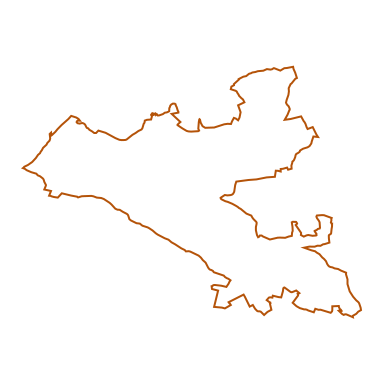 the district of Faragau, Mures, Romania
{"feature_id": "2599482B54429435544126", "entity_name": "Faragau", "entity_type": "district", "adm_level": 2, "iso_a3": "ROU", "parent_name": "Romania", "parent_adm1": "Mures", "projection": "natural_earth1", "projection_center": [24.539, 46.758], "detail": "fine", "context": "isolated", "style": "outline", "palette": "amber", "viewbox_px": 384, "rotation_deg": 0, "n_neighbors": 0, "source": "geoboundaries", "source_scale": "gbopen_adm2", "svg_char_len": 6003}
<svg xmlns="http://www.w3.org/2000/svg" viewBox="0 0 384 384"><path d="M346.1,272.7L341.0,270.6L338.1,269.0L334.6,268.4L332.5,267.4L330.4,267.0L329.1,266.4L328.2,265.5L327.2,264.0L326.0,261.2L324.1,259.0L322.2,257.4L319.5,254.2L316.6,252.5L315.2,251.3L311.4,250.3L304.1,247.7L309.4,246.6L314.6,246.7L317.4,245.7L320.5,245.8L323.1,244.3L324.6,244.1L329.4,242.6L328.9,238.5L328.8,235.7L329.0,235.1L330.9,233.8L331.1,233.4L331.6,228.9L332.0,226.7L332.1,223.9L331.8,224.0L331.7,223.5L330.9,222.6L331.4,220.3L331.3,218.9L331.7,218.0L324.0,215.2L322.1,215.1L316.9,215.5L316.4,216.5L316.5,217.0L317.0,218.2L318.9,220.8L319.6,222.3L320.0,227.7L319.7,228.5L317.9,228.9L316.8,229.9L314.6,230.9L314.6,231.2L316.5,234.0L316.3,234.5L316.5,235.2L316.1,235.5L312.6,235.8L308.2,235.0L306.5,235.4L303.8,236.6L300.9,235.0L301.1,232.9L295.7,225.0L296.9,223.9L297.1,223.4L296.1,221.9L292.7,221.8L291.8,222.3L292.5,226.9L292.7,230.9L292.1,232.6L291.8,235.9L288.8,236.5L285.2,237.8L280.0,237.6L277.7,237.7L269.9,239.5L263.0,236.5L261.6,235.5L259.9,235.5L259.5,236.3L260.0,236.7L259.2,236.5L258.1,237.2L257.0,235.1L255.9,230.3L255.9,227.0L256.6,223.8L256.6,222.5L256.2,221.8L253.5,219.1L252.3,217.5L251.3,215.6L246.4,213.6L240.7,208.9L238.8,207.9L238.0,207.1L236.1,205.9L232.3,203.8L227.8,201.9L225.3,201.2L221.5,199.3L220.8,198.6L220.6,197.8L224.8,195.0L227.4,195.4L230.5,195.1L231.9,194.7L233.1,193.8L234.2,191.8L235.2,185.0L236.3,181.6L248.4,180.0L256.5,179.4L266.7,177.4L274.9,176.8L275.8,170.7L278.0,170.8L280.7,171.5L280.7,169.0L282.9,168.8L287.1,167.6L288.1,169.7L291.6,168.7L291.4,165.6L292.3,162.7L292.4,161.6L293.6,160.6L294.1,159.8L295.2,157.1L295.6,155.1L296.4,153.8L297.4,153.4L299.3,152.1L299.8,151.5L300.0,150.6L300.4,150.3L303.1,148.7L307.6,147.3L309.5,146.1L311.3,143.5L311.8,141.3L313.4,136.5L318.0,137.0L316.4,134.5L312.7,127.1L307.6,129.0L306.6,127.1L305.5,123.9L304.6,122.2L303.8,121.3L301.1,116.4L290.6,119.0L284.7,119.8L287.6,114.6L289.4,110.1L289.7,109.8L289.7,108.8L288.7,106.4L286.9,104.5L286.0,102.7L286.7,99.8L288.4,95.0L288.9,91.5L288.7,88.2L290.6,84.1L291.5,83.5L295.3,78.8L296.9,78.0L295.2,72.7L293.5,68.9L293.1,66.8L286.9,68.0L284.3,68.2L280.3,70.6L274.2,68.2L273.6,68.2L272.2,69.2L270.5,69.6L266.9,69.1L263.3,70.7L257.8,71.2L255.4,72.0L252.3,72.5L251.1,73.2L249.0,73.8L246.2,76.1L243.3,76.7L238.8,79.0L239.0,79.4L233.9,84.1L234.0,85.2L231.4,86.6L230.8,89.2L235.7,90.8L236.7,91.5L237.5,93.1L238.7,94.8L238.9,95.6L241.2,98.0L243.0,99.5L244.4,102.3L238.1,105.3L240.6,112.2L239.5,117.6L238.5,119.6L238.1,120.3L235.9,118.6L233.9,117.9L232.0,121.4L231.0,124.0L227.7,123.8L224.2,124.3L214.2,127.5L205.2,127.8L202.6,126.2L202.3,125.7L200.7,122.7L200.0,119.7L199.5,119.2L199.3,119.4L198.8,122.1L198.3,128.7L199.1,130.6L198.1,131.2L191.1,131.6L188.4,131.4L186.6,130.9L182.4,128.4L177.5,125.1L177.5,124.7L178.6,123.6L180.4,122.0L171.7,113.9L178.4,112.6L178.4,111.7L177.7,110.5L176.7,107.2L175.7,105.2L175.6,104.3L174.8,103.7L172.9,103.6L171.3,104.5L170.3,105.6L170.0,106.8L169.3,108.2L169.2,111.2L168.2,111.8L166.8,112.4L164.8,112.7L162.9,114.1L159.1,115.4L157.8,115.5L156.8,114.2L155.9,115.0L155.4,113.6L153.8,114.9L153.4,115.0L153.3,114.6L154.1,113.8L153.9,113.5L153.1,113.5L152.3,113.2L151.1,114.8L151.2,115.2L151.8,115.9L151.9,116.5L151.1,119.5L147.0,119.8L144.8,120.6L144.5,122.7L143.7,123.8L142.4,128.2L141.5,129.5L138.4,131.0L135.6,133.0L132.5,134.8L126.5,139.6L125.1,140.0L121.6,140.1L119.4,139.8L115.4,138.1L105.6,132.8L98.4,130.6L96.1,133.0L94.2,133.0L92.1,131.4L89.4,129.8L88.1,128.3L86.9,127.9L86.5,127.4L85.2,124.8L84.5,124.0L83.5,123.4L82.2,123.0L79.6,123.6L77.5,123.2L76.6,122.1L76.9,121.3L77.8,120.6L79.9,120.7L78.5,118.9L76.2,117.5L71.2,115.9L68.4,119.0L61.6,125.0L57.5,129.2L55.3,131.9L51.8,135.2L51.5,135.4L51.1,132.6L49.7,134.0L50.2,138.5L49.6,140.6L47.3,143.0L46.5,144.7L43.1,147.8L41.8,150.3L40.7,151.7L40.0,153.2L38.0,154.9L35.9,158.0L32.2,162.0L27.9,165.0L24.2,166.8L23.8,167.5L23.0,168.1L24.8,168.8L26.7,170.2L31.3,172.2L36.4,173.7L37.7,175.3L40.1,176.3L42.9,178.5L43.6,179.5L44.4,182.1L45.9,184.9L45.9,185.6L44.3,189.5L51.0,191.0L49.1,195.7L50.7,195.9L51.4,196.3L53.9,197.0L57.8,197.6L61.8,193.3L71.3,195.6L77.2,196.7L77.7,197.3L78.1,197.4L81.6,196.3L82.9,196.2L91.3,195.9L93.4,196.3L96.8,197.6L101.2,198.0L103.8,199.0L109.6,202.8L111.5,204.5L115.3,208.7L117.5,209.7L119.7,209.8L122.8,211.8L126.7,213.8L127.7,214.6L128.2,215.5L129.4,219.2L131.0,220.5L136.5,223.2L139.8,223.6L142.4,225.7L147.7,227.4L149.3,228.3L152.6,230.5L155.8,233.3L157.7,234.6L164.8,238.3L168.5,239.7L171.5,242.3L175.1,244.3L181.4,248.4L184.7,250.0L185.9,251.4L188.7,251.2L190.3,251.6L198.6,255.6L200.9,257.6L202.8,260.1L205.6,262.6L208.2,267.7L209.2,269.0L210.1,269.7L211.3,270.0L212.9,270.9L213.7,272.1L214.0,272.3L223.8,275.6L225.0,277.0L226.7,278.1L228.4,278.8L230.5,280.3L229.2,282.2L228.7,283.5L226.4,286.9L221.2,285.7L215.1,285.0L214.0,285.0L213.1,285.3L212.5,286.0L211.6,286.2L212.0,289.0L218.1,290.6L214.1,306.9L221.9,307.6L224.9,308.4L230.8,305.0L229.9,303.6L229.4,303.3L228.6,302.2L243.6,294.6L244.9,296.8L249.7,306.6L252.8,305.0L255.1,308.8L257.1,310.9L258.0,311.3L259.6,311.3L260.8,311.7L264.1,315.0L267.5,311.9L271.4,309.8L269.9,303.5L269.9,303.2L270.4,303.1L270.3,302.5L269.5,302.2L266.7,300.1L268.9,297.6L270.1,297.3L272.4,297.6L272.8,295.7L278.6,297.1L281.2,297.4L282.9,291.3L283.3,288.3L283.8,287.7L284.5,287.5L290.5,291.9L291.4,292.2L292.3,292.1L296.2,290.5L299.3,293.1L297.7,293.9L298.2,294.6L298.0,295.6L292.7,302.8L296.5,306.2L299.8,308.1L304.1,309.4L305.5,309.4L306.8,309.7L308.3,310.5L313.8,312.3L315.3,308.8L318.6,309.8L320.5,309.7L330.7,312.8L332.0,311.4L332.3,310.3L332.3,306.3L338.8,306.0L339.0,307.3L339.8,308.9L340.8,309.7L341.6,310.9L341.4,311.0L340.4,310.4L339.7,310.4L338.7,310.7L342.0,313.9L343.7,314.9L345.1,314.3L346.4,314.4L352.9,317.2L352.7,316.2L352.8,315.8L356.3,313.8L358.2,311.7L361.0,310.1L360.6,307.6L359.1,303.2L358.3,302.1L356.2,300.3L353.1,296.7L349.7,291.4L347.5,284.1L347.5,279.3L346.0,274.3L346.1,272.7Z" fill="none" stroke="#b45309" stroke-width="2"/></svg>